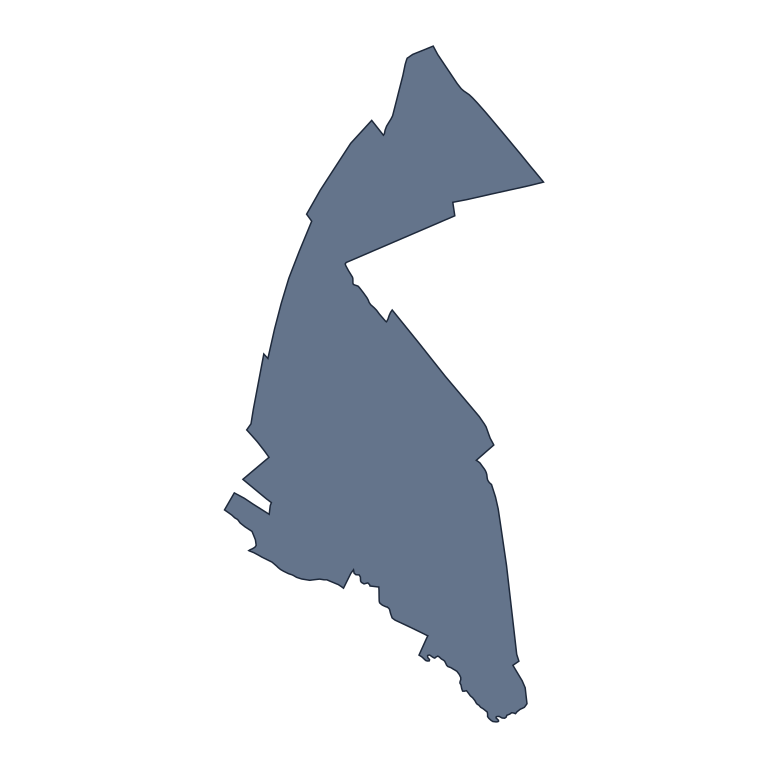 the district of Ion Neculce, Iasi, Romania
{"feature_id": "2599482B50193316932914", "entity_name": "Ion Neculce", "entity_type": "district", "adm_level": 2, "iso_a3": "ROU", "parent_name": "Romania", "parent_adm1": "Iasi", "projection": "mercator", "projection_center": [26.972, 47.231], "detail": "fine", "context": "isolated", "style": "filled", "palette": "slate", "viewbox_px": 768, "rotation_deg": 0, "n_neighbors": 0, "source": "geoboundaries", "source_scale": "gbopen_adm2", "svg_char_len": 3656}
<svg xmlns="http://www.w3.org/2000/svg" viewBox="0 0 768 768"><path d="M543.5,182.1L543.2,181.7L536.7,173.8L530.1,165.9L521.6,155.4L503.5,133.6L489.5,116.9L484.8,111.4L477.3,102.9L472.8,98.1L469.2,94.7L463.7,90.9L461.2,88.7L457.2,83.6L437.7,54.5L433.2,46.1L412.7,54.4L407.2,58.2L406.9,58.9L406.5,60.0L405.5,63.3L405.2,64.3L402.9,75.4L398.4,93.0L396.9,99.0L392.6,115.8L390.9,119.1L389.1,122.0L386.6,126.1L385.1,130.1L384.4,133.7L383.4,135.2L371.7,120.4L350.7,143.3L330.4,174.5L320.3,190.1L306.6,214.2L311.7,221.2L299.3,251.2L291.1,272.3L288.8,278.3L281.2,303.5L274.6,328.8L267.9,358.5L263.8,354.0L253.3,409.5L251.0,423.8L246.7,429.9L249.7,433.2L256.9,441.3L258.5,443.3L264.7,451.3L269.0,457.3L242.9,479.3L243.4,479.8L266.6,499.0L271.4,502.6L270.3,505.4L270.2,506.0L269.2,514.3L262.4,510.0L252.9,504.0L244.4,498.3L234.3,492.9L224.5,509.9L227.5,512.0L231.6,514.9L234.7,517.8L237.6,519.5L240.2,523.0L245.1,526.9L252.0,531.4L253.4,534.8L255.4,539.8L256.2,545.4L254.8,547.3L252.3,548.8L250.0,549.8L248.8,550.6L249.4,550.9L253.7,552.6L258.4,555.1L262.2,557.3L272.0,562.1L276.7,566.1L278.1,567.5L280.4,569.4L283.5,571.2L288.6,573.7L292.0,574.8L293.3,575.4L296.5,577.3L301.7,579.0L309.8,580.3L312.7,579.9L316.9,579.4L319.6,579.1L324.1,579.8L326.9,579.8L329.6,581.0L333.5,582.6L337.5,584.3L338.0,584.4L341.2,586.5L343.5,588.2L350.8,573.4L353.5,569.8L354.1,573.2L355.9,574.7L359.1,574.9L360.4,577.0L360.5,579.4L360.6,581.0L361.4,582.4L364.0,583.9L365.9,583.4L367.8,582.9L369.7,584.8L370.0,586.0L377.7,586.9L378.8,587.0L379.0,590.1L379.1,597.5L379.2,601.1L379.6,602.8L381.0,604.1L382.3,605.1L384.4,606.1L386.5,607.0L387.0,606.9L388.9,608.4L389.6,609.6L390.5,613.3L392.1,617.9L395.0,620.1L399.5,622.2L409.5,626.9L421.3,632.6L427.5,635.7L427.8,635.8L426.3,638.9L419.0,655.1L421.6,656.7L423.4,658.3L424.7,659.6L425.9,660.6L427.4,661.0L429.2,660.9L429.6,659.8L429.0,658.9L427.8,657.6L427.5,655.8L428.0,655.3L429.6,655.0L432.3,656.9L433.8,657.8L434.6,658.0L434.8,658.1L435.9,657.1L437.8,656.1L439.2,656.9L441.3,658.9L443.5,660.2L444.6,661.1L445.7,663.2L446.6,665.2L447.8,666.5L451.2,667.8L453.5,669.3L454.3,669.7L456.9,671.3L459.3,674.5L460.7,677.4L460.8,679.5L460.1,681.4L459.9,683.0L461.0,685.0L461.7,688.6L462.6,691.1L464.2,691.2L466.5,690.7L468.0,692.6L470.4,695.9L472.6,697.7L474.9,700.6L476.2,703.0L477.3,704.3L478.8,705.1L480.7,707.3L483.2,708.8L485.8,710.9L487.3,712.1L487.6,714.3L487.6,716.6L488.9,718.4L491.1,720.4L492.8,721.5L496.1,721.9L497.9,721.7L498.6,721.1L498.4,720.2L497.4,719.2L496.1,718.0L496.1,717.0L496.9,716.5L499.2,716.4L500.4,717.1L502.1,718.0L504.7,718.2L506.2,717.1L506.8,715.3L509.8,714.1L511.7,712.7L514.1,713.1L515.4,713.7L516.0,713.1L517.0,711.8L518.3,710.8L520.0,709.4L522.6,708.2L524.4,707.3L526.4,704.6L527.0,703.7L526.0,695.1L525.6,691.5L525.2,687.8L522.2,680.8L518.7,675.0L512.9,665.3L518.9,661.2L516.7,654.3L514.0,630.6L506.5,565.3L500.6,525.0L498.2,508.9L495.5,497.0L491.5,484.5L489.3,482.6L487.7,480.2L487.2,478.1L486.8,474.6L486.2,472.5L485.4,470.7L484.5,469.2L481.7,465.4L480.0,463.0L478.5,461.8L476.3,460.3L486.1,451.7L493.8,445.0L492.6,442.7L490.2,438.3L488.7,434.2L486.1,426.9L484.3,423.9L479.2,416.5L445.2,376.2L418.8,342.9L393.1,311.1L392.2,310.0L390.6,312.3L389.2,315.4L387.9,319.3L386.5,321.8L385.7,321.4L379.4,314.1L376.6,310.3L374.3,307.9L370.7,304.7L369.1,302.4L368.3,300.2L367.0,297.8L363.5,292.9L360.2,288.6L358.3,286.3L356.9,285.7L354.1,284.8L353.2,284.1L352.9,283.0L352.9,280.1L352.8,278.2L352.4,277.0L348.5,270.7L345.8,265.7L345.3,264.3L345.2,263.9L346.2,262.5L454.8,215.8L453.8,209.1L452.8,202.3L466.9,199.6L490.7,194.2L510.1,189.9L529.5,185.6L543.5,182.1Z" fill="#64748b" stroke="#1e293b" stroke-width="1.5"/></svg>